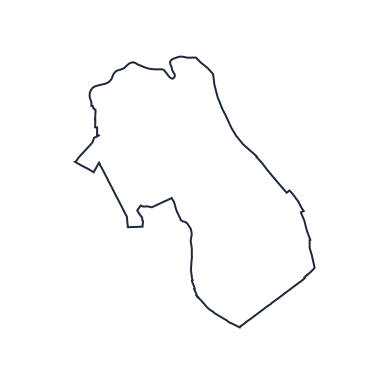 the district of Chirnogi, Calarasi, Romania, rotated 245°
{"feature_id": "2599482B29900557308409", "entity_name": "Chirnogi", "entity_type": "district", "adm_level": 2, "iso_a3": "ROU", "parent_name": "Romania", "parent_adm1": "Calarasi", "projection": "mercator", "projection_center": [26.509, 44.098], "detail": "fine", "context": "isolated", "style": "outline", "palette": "slate", "viewbox_px": 384, "rotation_deg": 245, "n_neighbors": 0, "source": "geoboundaries", "source_scale": "gbopen_adm2", "svg_char_len": 5120}
<svg xmlns="http://www.w3.org/2000/svg" viewBox="0 0 384 384"><g transform="rotate(245 192 192)"><path d="M49.7,179.1L49.9,179.3L49.8,179.5L49.9,180.3L50.5,183.1L50.7,184.0L50.9,184.9L51.8,188.8L52.1,190.8L52.5,192.8L53.6,197.8L54.6,202.6L55.3,206.0L55.9,208.8L56.5,211.4L56.8,213.3L57.0,215.0L57.1,215.9L57.5,216.5L59.9,228.5L61.4,235.4L62.2,239.2L62.8,242.1L64.2,248.8L64.5,250.5L64.8,252.2L65.4,254.5L65.4,255.1L65.5,255.5L66.3,257.4L66.4,257.8L66.7,257.7L67.0,257.6L68.2,260.8L67.9,260.9L69.6,266.5L70.5,268.8L71.5,271.1L79.5,272.9L81.1,273.2L81.4,273.2L81.9,273.4L84.2,273.9L91.6,275.0L96.3,277.2L96.7,277.3L98.7,278.3L98.6,279.0L108.7,279.8L118.5,281.7L127.5,282.0L127.6,285.2L128.5,285.0L128.8,285.0L129.0,285.0L131.0,284.6L138.4,284.3L148.6,282.2L152.2,280.9L151.3,277.5L160.4,274.9L160.7,274.8L165.8,273.4L168.6,272.6L180.8,269.4L188.8,267.7L192.6,266.5L192.8,266.4L193.2,266.3L196.6,265.2L196.8,265.7L200.2,264.4L204.3,262.5L213.6,258.5L223.7,255.9L224.6,255.7L225.0,255.7L233.4,254.8L246.8,254.9L253.5,254.6L256.7,254.7L257.1,254.8L257.3,254.7L259.7,254.9L267.0,255.3L279.6,257.6L287.3,260.1L288.8,260.6L289.2,260.7L289.4,260.8L289.9,261.0L297.9,258.5L305.7,254.6L312.1,252.4L313.0,250.6L313.9,248.5L315.7,244.5L317.7,241.9L319.1,239.8L319.8,238.1L320.2,236.5L320.4,234.2L320.6,232.3L320.6,229.7L320.0,228.2L319.6,227.5L319.1,227.1L317.7,226.6L316.8,226.3L315.6,226.3L313.7,226.3L311.4,225.7L310.0,225.6L308.7,225.7L307.4,225.8L306.3,226.0L305.6,225.9L305.0,225.8L304.4,225.4L303.9,225.0L303.3,224.1L302.9,223.0L302.9,222.5L303.1,222.0L303.7,221.3L304.7,220.7L306.0,220.1L307.4,219.7L309.5,219.3L311.3,218.9L312.5,218.5L314.1,218.2L315.0,217.6L315.7,217.0L316.6,215.1L317.6,212.8L319.5,209.0L321.2,206.1L323.4,203.5L325.5,201.3L330.6,196.7L332.9,195.1L334.3,193.6L334.9,191.9L335.0,189.4L334.2,186.6L333.0,182.8L333.0,180.2L333.2,178.4L333.7,175.5L333.5,173.7L332.2,170.9L330.9,169.4L328.4,166.8L327.4,164.7L326.8,162.9L326.7,161.2L326.8,159.4L326.9,158.1L327.4,156.3L327.9,153.8L328.7,149.3L328.7,147.8L328.4,146.0L327.0,143.4L325.2,141.4L322.5,139.9L320.6,139.2L317.5,139.0L317.0,138.9L315.7,138.6L315.4,138.6L314.5,138.2L313.1,137.5L312.7,137.2L312.3,137.7L312.0,138.3L311.5,138.1L311.0,138.0L310.8,138.0L310.6,138.1L310.2,138.2L310.0,138.3L309.7,138.3L309.5,138.2L309.4,138.2L309.2,138.1L307.2,139.3L303.9,137.6L303.4,137.3L301.8,136.5L301.4,136.3L301.2,136.2L300.6,135.9L300.2,135.6L299.7,135.3L299.3,135.1L298.2,134.5L298.0,134.8L291.6,131.5L290.7,133.3L289.4,132.7L283.7,130.0L283.4,130.6L283.1,131.1L282.7,131.4L282.4,130.2L282.5,128.0L282.6,126.7L282.5,126.2L282.2,125.9L278.9,122.5L278.6,121.9L276.2,116.1L274.5,112.0L272.4,106.8L270.8,103.1L270.1,102.1L269.5,100.9L269.3,100.6L268.9,99.9L268.7,99.4L268.7,99.1L268.7,98.8L267.7,99.5L267.0,100.0L265.9,100.7L265.0,101.4L262.6,103.1L260.3,104.9L257.6,107.0L256.0,108.2L254.4,109.2L251.7,111.1L251.4,111.3L251.5,111.4L252.9,113.2L254.0,114.8L255.2,116.4L257.8,120.1L257.4,120.1L256.9,120.2L255.4,120.3L255.0,120.2L254.5,120.2L253.7,120.2L252.6,120.3L251.8,120.3L250.6,120.4L249.2,120.5L247.7,120.6L246.7,120.6L245.1,120.7L244.0,120.7L242.0,120.8L239.8,120.9L239.1,120.9L238.1,120.9L237.1,120.9L236.2,121.0L233.2,121.1L231.9,121.2L228.9,121.3L224.8,121.4L211.0,122.0L201.3,122.3L198.2,122.5L197.3,122.6L197.1,122.5L193.2,121.1L192.8,120.9L189.1,119.7L187.2,119.0L185.9,122.0L185.3,123.6L185.1,124.0L184.6,125.2L184.5,125.5L184.3,125.9L184.2,126.1L184.0,126.4L183.9,126.7L183.2,128.5L183.0,129.0L182.0,131.2L181.7,132.0L181.5,132.5L185.9,135.1L186.0,135.0L186.7,135.1L187.5,135.2L188.4,135.5L189.0,135.6L189.6,135.9L189.8,135.9L190.2,135.9L191.1,135.8L191.7,135.6L192.2,135.4L192.4,135.3L192.6,135.3L193.2,135.3L193.5,135.2L194.0,135.1L194.5,135.0L194.9,134.9L195.3,134.8L195.8,134.8L196.7,134.8L197.4,134.8L197.5,134.8L198.1,134.5L198.3,134.5L199.3,136.1L201.0,139.0L201.4,139.8L201.0,140.3L200.6,140.5L200.2,140.8L200.0,141.0L199.7,141.2L199.6,141.4L198.8,143.1L197.6,145.9L195.1,149.1L195.1,154.5L195.1,158.6L195.2,161.9L195.1,165.3L195.0,166.3L195.0,166.6L195.1,170.1L195.1,171.1L194.0,171.0L190.5,171.5L182.7,170.2L181.2,170.1L175.3,170.1L173.5,170.2L171.4,170.0L171.1,170.1L171.1,170.3L169.6,171.0L169.3,171.2L167.9,173.0L167.6,173.2L165.7,174.4L159.2,175.3L156.1,174.7L153.5,173.7L152.8,173.3L150.9,171.9L149.6,171.0L147.9,170.0L145.9,169.5L143.1,168.6L141.0,168.0L138.6,166.9L137.2,166.2L134.9,165.2L133.9,164.8L133.1,164.4L132.4,164.1L131.3,163.4L130.4,162.8L121.7,158.0L120.3,157.6L113.4,155.4L111.8,155.3L111.5,154.3L108.9,154.1L106.3,154.0L105.5,153.9L103.2,153.6L103.3,153.0L102.4,152.9L99.9,152.9L99.4,152.9L97.8,152.9L97.3,152.6L96.3,152.7L96.3,152.3L95.3,152.4L95.3,152.7L94.0,152.8L93.9,152.8L93.9,153.2L93.1,153.3L90.2,154.3L89.1,154.7L86.3,155.5L86.1,155.6L85.4,155.8L84.0,156.0L83.6,156.1L83.2,156.4L81.8,156.7L81.4,156.8L77.0,158.8L76.5,159.2L76.0,159.6L75.7,159.8L75.1,160.2L74.7,160.4L74.4,160.4L73.6,160.8L72.7,161.3L71.5,161.9L71.3,162.1L70.3,162.8L65.6,166.0L64.8,166.5L61.9,168.6L60.7,169.3L59.2,170.0L57.6,171.0L57.3,171.4L55.9,172.6L49.0,178.1L49.4,178.6L49.7,179.1Z" fill="none" stroke="#1e293b" stroke-width="2"/></g></svg>